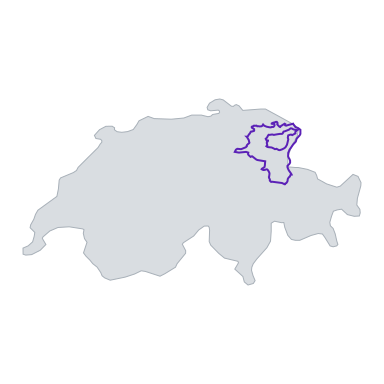 Switzerland, with Sankt Gallen highlighted
{"feature_id": "CHE-167", "entity_name": "Sankt Gallen", "entity_type": "Canton", "adm_level": 1, "iso_a3": "CHE", "parent_name": "Switzerland", "parent_adm1": "", "projection": "natural_earth1", "projection_center": [9.275, 47.209], "detail": "fine", "context": "in_parent", "style": "outline", "palette": "violet", "viewbox_px": 384, "rotation_deg": 0, "n_neighbors": 0, "source": "natural_earth", "source_scale": "10m", "svg_char_len": 5759}
<svg xmlns="http://www.w3.org/2000/svg" viewBox="0 0 384 384"><path d="M291.0,123.0L293.2,124.2L298.6,128.4L297.4,135.6L291.3,147.1L288.0,156.5L287.7,163.7L288.3,167.0L289.4,167.0L295.2,167.5L298.2,167.5L307.6,169.4L315.1,172.3L316.6,175.3L317.6,178.9L326.6,183.9L336.8,187.2L340.3,186.1L353.0,174.4L358.0,176.4L361.0,182.6L360.8,185.9L357.4,198.3L356.8,205.0L359.9,209.4L360.2,212.9L359.3,216.0L354.2,216.3L347.4,214.6L341.6,209.2L337.2,209.9L333.4,211.2L331.5,216.3L329.8,222.4L330.4,225.8L333.1,228.4L335.2,233.9L336.8,241.1L337.9,244.4L336.7,245.9L333.1,246.8L330.1,245.9L324.8,237.3L322.4,234.0L318.2,233.5L311.0,235.5L299.8,240.3L295.3,240.3L291.4,239.4L287.8,235.3L284.8,227.4L283.8,222.5L281.7,222.7L274.5,221.2L271.2,223.2L271.2,231.2L270.5,241.2L266.9,247.7L256.9,258.9L253.2,263.8L251.8,267.3L251.5,270.3L253.0,275.6L255.1,280.6L253.3,283.5L248.0,285.0L244.3,281.9L242.9,276.5L234.8,269.1L238.5,262.8L237.9,261.3L224.5,258.1L218.8,253.4L210.7,245.1L209.2,241.6L209.6,230.1L209.2,227.3L208.1,226.0L204.2,226.1L198.7,230.0L193.7,236.0L183.4,242.7L182.3,244.2L185.7,250.7L185.6,253.3L177.1,263.7L175.5,267.2L164.9,273.7L160.0,276.2L145.3,271.4L141.2,270.8L134.6,274.0L125.2,277.1L110.2,280.2L104.7,277.9L102.1,275.8L100.8,272.6L97.1,267.1L92.8,263.7L89.9,260.1L86.0,256.2L83.5,252.9L87.0,242.3L84.5,238.6L83.3,233.3L84.0,229.7L82.7,228.9L69.2,226.8L57.9,227.5L49.8,231.0L43.1,236.8L42.3,238.1L42.7,239.1L45.9,244.5L40.3,250.2L31.7,254.6L25.7,255.1L23.1,254.2L23.0,248.1L28.1,245.9L32.6,241.9L34.2,236.3L34.8,232.4L30.1,227.7L30.7,224.8L33.8,219.3L35.5,214.4L37.9,210.2L47.4,203.3L56.9,196.4L58.4,189.0L59.2,180.1L60.6,177.9L73.3,172.6L76.5,170.5L78.1,167.4L88.1,157.4L98.1,147.5L100.1,144.2L101.8,142.2L101.8,140.6L100.6,139.3L95.9,138.5L94.4,135.4L99.5,129.7L105.9,126.3L112.1,126.2L114.6,127.8L114.4,129.7L117.1,131.7L121.8,132.3L127.6,131.6L133.3,129.5L136.9,124.5L139.0,120.8L148.1,116.4L154.2,118.6L171.4,119.2L183.9,118.0L191.7,115.1L201.4,115.1L207.9,116.7L209.1,116.5L210.9,116.1L212.6,114.5L218.8,113.4L219.6,112.1L219.3,110.8L218.2,110.1L210.7,110.8L207.8,109.8L207.1,107.4L209.5,103.2L215.1,99.8L219.8,99.0L223.2,99.9L231.4,106.2L233.4,106.4L234.5,105.3L236.3,104.6L239.1,105.9L242.3,109.8L242.8,110.4L261.3,109.0L265.4,109.0L277.9,115.8L291.0,123.0Z" fill="#d9dde1" stroke="#a8b0b8" stroke-width="1"/><path d="M293.1,123.7L293.3,124.2L295.5,127.1L298.3,128.2L300.4,129.8L300.4,133.9L299.7,135.3L296.8,138.5L296.4,139.4L296.0,141.0L295.7,141.7L293.2,144.4L290.8,147.9L289.5,149.7L289.0,151.1L288.2,152.9L288.2,154.2L288.1,156.2L288.6,157.7L288.9,158.1L289.5,159.1L290.1,160.6L290.1,162.7L289.4,163.9L288.3,165.0L287.4,166.0L287.5,166.9L287.5,167.3L288.1,168.9L288.9,170.5L291.2,173.8L291.6,174.6L291.0,174.7L290.6,174.9L290.3,175.3L290.0,176.2L289.8,176.6L289.1,177.1L288.7,177.5L288.2,178.3L287.8,179.0L287.6,180.2L287.6,180.6L287.5,181.1L287.3,181.6L286.3,183.1L285.4,183.4L285.1,184.2L284.9,184.3L284.4,184.2L283.5,183.7L282.0,183.0L271.9,181.7L271.6,181.9L271.2,181.9L270.9,181.8L269.8,180.6L269.9,179.7L269.8,179.3L269.2,178.2L269.0,177.4L268.9,177.0L269.1,176.7L269.5,173.7L269.4,173.0L269.1,172.2L268.1,170.4L267.5,169.7L266.9,169.3L266.3,169.4L265.8,169.5L264.9,169.9L263.5,170.0L263.0,169.9L261.6,169.2L261.8,168.8L264.4,167.2L264.8,165.9L265.2,161.3L257.3,160.0L256.1,159.4L252.2,156.3L251.8,156.3L250.6,156.9L248.6,155.1L248.1,154.3L248.1,154.1L248.1,153.5L248.3,152.6L246.0,151.9L238.9,152.6L234.8,151.9L235.9,149.7L237.3,148.8L240.3,149.1L241.3,149.1L245.7,147.3L246.4,146.7L246.8,146.3L246.7,145.5L247.2,144.9L247.7,144.3L248.7,143.5L249.2,143.1L249.4,142.7L249.2,142.0L248.7,139.9L247.0,137.1L246.6,136.7L247.4,136.7L248.0,136.0L249.0,134.3L249.8,133.6L250.6,132.0L250.9,131.6L251.2,131.5L251.5,131.6L251.8,131.6L252.1,131.5L252.4,131.4L252.8,131.2L253.2,131.1L253.7,131.1L254.0,130.9L254.1,130.7L254.2,130.4L254.1,129.4L254.1,129.1L252.0,127.8L251.8,127.5L251.7,127.0L252.0,126.6L252.4,126.4L252.8,126.4L253.2,126.3L253.8,125.7L254.1,125.6L254.6,125.8L255.1,125.8L256.4,125.6L256.6,125.7L256.8,125.9L257.0,126.1L257.2,126.3L257.4,126.3L258.0,126.2L258.3,126.2L259.3,126.4L260.2,126.4L261.4,126.3L262.0,126.0L262.4,125.6L263.1,124.5L264.2,125.7L266.6,126.7L269.6,127.3L270.9,127.4L271.2,127.2L271.9,126.9L272.3,126.9L272.9,127.0L273.4,126.9L273.8,126.6L274.1,126.2L274.3,125.9L274.6,125.2L274.2,123.8L273.9,123.7L273.6,123.7L273.2,123.8L272.7,123.9L272.0,123.8L271.7,123.7L271.7,123.4L271.8,123.3L272.1,123.3L272.4,123.2L272.6,123.0L272.9,122.8L273.4,122.6L273.8,122.6L274.4,122.5L274.7,122.5L275.0,122.2L275.4,122.0L275.8,121.9L276.8,121.9L277.5,122.8L277.5,123.2L277.5,123.6L277.2,124.1L277.4,124.6L279.1,126.4L279.7,126.9L280.2,127.0L280.7,126.2L284.6,123.7L285.3,124.1L285.0,125.0L285.1,125.3L285.9,125.6L286.1,125.6L286.5,125.6L287.2,125.3L293.1,123.7L293.1,123.7ZM288.3,139.3L287.8,137.8L288.2,135.4L290.2,134.7L291.2,134.6L292.2,135.1L295.4,133.4L295.3,132.5L295.4,131.8L295.6,131.5L297.3,130.1L294.2,129.6L293.1,129.2L292.8,129.1L292.3,128.7L292.1,128.6L291.5,128.5L291.3,128.4L291.1,128.3L290.8,128.3L290.4,128.5L288.9,129.7L285.1,131.2L284.5,131.4L283.6,131.6L283.2,132.2L283.0,132.7L282.8,133.2L282.4,133.7L281.5,133.9L279.8,133.9L277.1,134.3L273.8,134.9L272.5,134.5L272.0,134.5L269.3,134.9L268.6,134.8L268.4,135.1L268.0,135.6L267.3,137.0L266.7,137.9L265.8,138.7L265.7,138.8L266.6,140.5L267.4,140.4L267.7,140.4L268.0,140.5L268.0,140.8L267.7,141.4L267.5,141.7L267.0,142.1L266.8,142.5L266.8,143.1L267.3,145.3L266.4,146.2L267.0,146.7L267.3,146.9L268.0,147.1L271.7,147.5L274.0,148.6L274.8,149.1L275.0,149.1L275.3,149.1L276.6,148.8L277.5,149.4L278.2,149.7L278.7,150.0L279.4,150.1L279.9,150.1L282.0,149.4L283.4,148.7L284.5,148.1L285.6,147.1L287.0,144.7L288.3,139.3Z" fill="none" stroke="#5b21b6" stroke-width="2"/></svg>